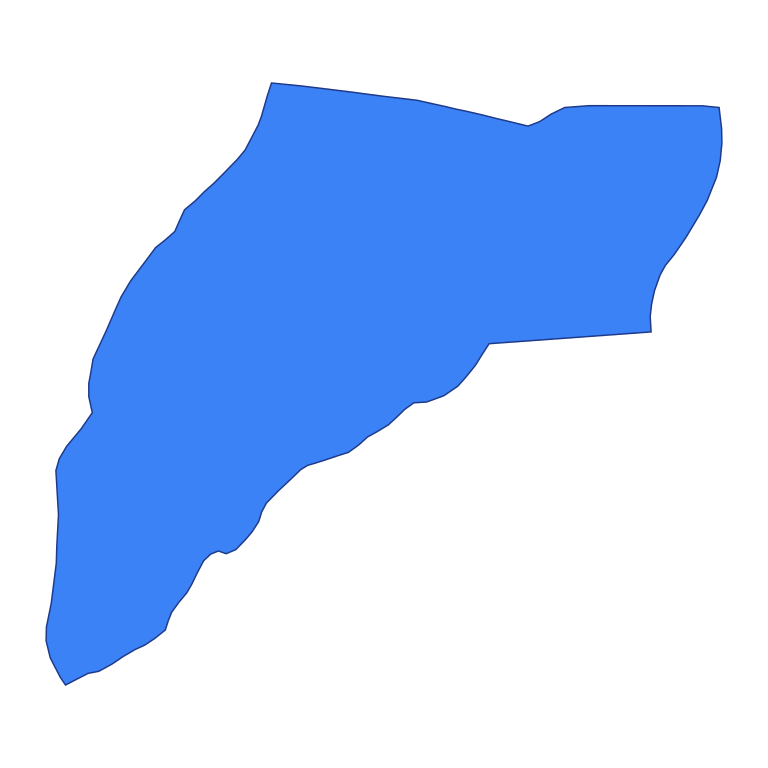 outline of Vera Cruz, Bahia, Brazil
{"feature_id": "56859067B29600247267043", "entity_name": "Vera Cruz", "entity_type": "district", "adm_level": 2, "iso_a3": "BRA", "parent_name": "Brazil", "parent_adm1": "Bahia", "projection": "orthographic", "projection_center": [-38.708, -13.031], "detail": "fine", "context": "isolated", "style": "filled", "palette": "blue", "viewbox_px": 768, "rotation_deg": 0, "n_neighbors": 0, "source": "geoboundaries", "source_scale": "gbopen_adm2", "svg_char_len": 1569}
<svg xmlns="http://www.w3.org/2000/svg" viewBox="0 0 768 768"><path d="M271.5,83.0L267.2,96.2L261.5,116.2L258.1,125.2L251.2,138.4L245.2,149.9L237.4,159.3L222.3,174.8L213.5,183.6L204.4,191.6L195.5,200.6L184.5,209.8L179.0,221.9L174.8,231.5L165.5,239.7L155.6,247.6L148.7,256.9L130.7,280.8L121.1,296.9L116.0,308.3L105.9,331.5L93.1,358.9L90.4,374.9L88.8,383.3L88.8,396.6L92.3,412.7L81.0,429.0L66.7,446.2L59.3,458.7L55.9,470.6L57.6,499.7L58.5,514.5L56.8,546.2L56.3,563.1L51.3,603.0L46.4,627.2L46.1,640.7L50.3,658.0L60.4,677.5L65.5,685.0L88.0,673.4L98.8,671.3L112.1,664.0L123.0,656.6L135.1,649.5L144.9,645.0L154.8,638.4L165.3,630.0L168.3,620.6L171.7,612.2L178.7,602.5L186.8,592.8L191.5,584.7L197.6,572.2L203.6,560.8L210.7,554.1L218.4,551.0L226.2,553.7L235.8,549.6L245.6,539.5L252.1,531.8L258.7,521.6L261.7,511.9L266.4,503.1L272.8,496.5L278.6,490.6L287.6,482.2L294.0,476.1L300.6,469.7L307.5,465.4L315.3,463.1L326.0,459.7L338.5,455.5L348.4,452.4L358.9,444.8L367.5,437.0L377.9,431.2L388.3,424.9L396.9,417.0L404.7,409.4L413.8,402.8L426.7,402.0L443.9,395.7L457.9,386.1L465.6,377.4L470.7,371.2L475.9,364.6L481.6,355.3L489.1,343.7L651.1,331.9L650.2,316.5L651.6,304.0L654.5,290.7L660.0,275.2L665.3,265.5L674.4,254.3L686.0,237.3L699.0,215.7L707.2,200.5L716.5,177.2L720.2,160.8L721.9,143.3L721.6,128.8L719.1,107.5L702.1,105.8L588.9,105.7L564.8,107.5L551.3,114.0L539.7,121.6L528.0,126.1L505.8,120.7L496.4,118.5L482.2,114.9L464.7,110.9L456.3,109.2L444.8,106.4L435.0,104.3L417.2,100.3L382.6,96.2L354.0,92.4L301.8,86.0L271.5,83.0Z" fill="#3b82f6" stroke="#1e3a8a" stroke-width="1.5"/></svg>